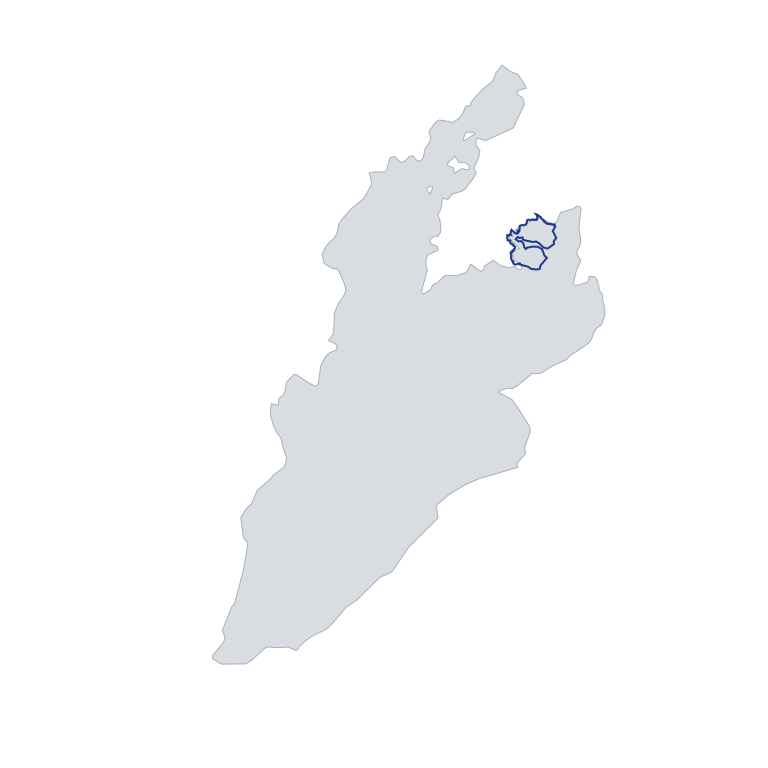 location of Ala-Buka, Jalal-Abad, Kyrgyzstan, rotated 133°
{"feature_id": "92254566B39559079408831", "entity_name": "Ala-Buka", "entity_type": "district", "adm_level": 2, "iso_a3": "KGZ", "parent_name": "Kyrgyzstan", "parent_adm1": "Jalal-Abad", "projection": "mercator", "projection_center": [71.199, 41.407], "detail": "fine", "context": "in_parent", "style": "outline", "palette": "blue", "viewbox_px": 768, "rotation_deg": 133, "n_neighbors": 0, "source": "geoboundaries", "source_scale": "gbopen_adm2", "svg_char_len": 8449}
<svg xmlns="http://www.w3.org/2000/svg" viewBox="0 0 768 768"><g transform="rotate(133 384 384)"><path d="M166.0,461.4L167.9,460.2L173.8,458.9L186.0,457.7L190.1,458.6L198.4,463.6L204.7,463.0L205.9,463.7L208.3,467.9L217.2,461.7L223.5,459.9L226.8,453.7L233.7,446.3L239.5,445.1L239.6,446.3L240.7,447.4L246.7,449.1L248.5,447.1L249.5,444.4L247.4,440.1L247.4,438.3L249.3,435.7L258.8,439.8L260.9,439.7L265.3,437.4L269.3,433.4L270.7,430.2L290.3,419.9L291.7,418.0L291.4,416.6L283.2,414.2L279.5,415.6L276.1,415.6L274.0,414.1L264.1,413.5L261.9,412.4L255.3,404.9L247.1,400.2L243.1,400.5L238.4,402.4L236.9,401.6L236.5,394.5L235.6,390.2L232.7,389.3L229.1,390.9L219.1,388.6L217.9,379.7L214.1,371.9L208.8,368.7L208.6,364.0L206.8,362.0L205.2,362.5L203.1,364.9L204.1,370.1L203.4,375.4L202.2,378.0L199.9,379.9L197.2,380.0L192.7,377.3L192.0,393.1L191.1,394.1L185.6,391.9L181.3,392.8L174.8,391.9L169.9,389.3L160.3,386.3L155.8,383.4L153.1,372.8L150.4,369.0L148.0,368.2L137.9,371.9L127.4,365.4L122.3,364.1L120.9,362.1L121.1,359.7L137.0,347.8L143.2,339.6L147.1,336.2L157.0,332.5L159.3,325.0L160.1,324.1L170.3,320.5L181.6,313.9L181.8,312.0L180.7,310.5L170.5,304.4L165.3,307.2L162.2,303.7L162.2,300.0L165.6,293.8L168.5,290.7L169.7,284.8L173.8,280.8L178.0,274.4L183.2,269.2L192.7,265.3L198.1,266.6L203.1,265.7L210.8,262.5L215.5,262.3L235.4,267.1L242.0,267.3L257.4,273.6L269.5,276.7L275.4,282.8L294.8,285.4L300.1,287.2L302.0,290.1L307.5,293.8L312.2,294.7L308.1,280.2L309.7,271.6L315.9,248.0L319.1,244.5L334.9,237.8L338.5,232.9L349.9,232.9L352.2,232.0L353.5,229.3L388.6,250.0L401.9,255.8L420.3,261.1L435.8,262.9L438.5,261.6L444.7,253.6L447.6,253.2L486.2,254.7L513.8,250.4L517.8,250.6L528.1,255.2L560.7,256.5L573.5,259.5L593.9,258.4L602.4,258.9L617.8,264.7L623.2,266.0L633.3,266.9L637.2,265.9L639.4,267.2L641.6,274.5L651.1,283.8L654.6,288.8L658.1,290.9L676.2,292.4L683.0,294.3L699.6,311.7L701.8,321.9L700.0,324.0L682.3,325.3L678.4,326.8L674.1,334.4L650.3,343.5L646.8,343.3L615.0,360.5L593.1,375.0L592.2,382.0L579.3,397.7L569.7,399.7L561.5,399.3L548.1,404.1L530.9,402.4L525.0,402.7L513.7,400.5L509.2,401.7L504.4,404.9L497.7,417.4L495.0,420.3L493.7,423.2L492.7,429.3L490.2,435.7L484.5,445.4L479.7,450.0L475.2,452.8L471.7,446.9L465.9,451.0L460.4,450.1L457.1,451.3L449.4,456.5L438.2,456.3L437.0,454.5L434.7,440.3L432.8,433.6L431.2,432.1L429.2,431.9L413.0,443.1L405.6,445.1L399.4,445.4L391.4,442.1L389.6,442.9L388.2,444.7L387.7,447.0L390.0,453.4L389.4,454.6L385.7,454.5L380.7,456.0L365.2,469.1L355.4,472.5L346.4,473.8L341.0,476.1L337.9,481.0L332.0,494.4L332.2,497.2L334.7,500.8L336.5,508.9L336.1,511.0L331.2,517.7L325.1,519.7L320.2,520.7L310.9,519.9L306.1,521.2L297.3,526.3L290.1,527.2L276.4,527.3L263.0,525.4L258.6,526.1L246.7,529.1L242.6,533.8L240.5,538.1L239.3,538.7L234.6,534.8L228.5,528.0L225.6,528.0L214.9,533.7L213.3,533.5L210.3,531.3L210.6,522.7L207.2,520.9L199.9,520.4L197.4,518.5L198.2,512.9L197.4,510.8L195.5,509.2L191.7,509.6L184.1,514.3L175.2,515.9L172.1,517.4L168.7,523.5L156.8,524.8L153.0,523.4L145.8,512.1L139.6,510.4L133.3,510.8L124.8,513.7L122.8,511.3L120.6,510.6L118.6,512.6L108.2,512.9L97.6,512.7L91.5,511.3L87.6,511.4L79.7,514.5L70.2,515.1L69.2,504.5L66.2,497.4L69.1,485.6L70.7,481.8L77.9,486.2L80.5,485.4L81.2,483.1L80.1,477.8L83.6,472.1L108.8,464.1L136.7,475.7L140.4,483.2L142.8,482.8L146.7,479.5L147.9,473.1L153.3,469.5L165.3,465.3L166.0,461.4ZM180.3,487.5L180.8,486.4L178.7,480.9L181.6,475.8L175.9,474.9L173.0,473.4L169.8,468.2L168.7,467.9L167.0,469.4L166.1,472.8L166.9,476.5L171.0,480.0L169.1,487.3L177.4,488.2L180.3,487.5ZM151.2,492.5L151.0,491.0L149.0,490.3L138.6,488.2L138.9,489.7L143.0,495.1L146.0,495.4L151.2,492.5ZM213.4,483.1L214.0,479.7L207.7,481.8L207.0,483.5L209.1,485.6L211.8,486.4L213.4,483.1Z" fill="#d9dde1" stroke="#a8b0b8" stroke-width="1"/><path d="M151.2,367.8L151.5,367.8L151.9,367.8L152.1,367.8L152.1,368.3L152.0,368.6L152.1,369.1L152.3,369.6L152.5,369.8L152.8,370.0L153.0,370.2L153.0,370.4L153.0,370.5L153.1,370.8L153.3,370.8L153.5,371.2L153.5,371.4L153.8,371.4L154.0,371.6L154.1,371.8L154.2,372.1L154.2,372.3L154.4,372.6L154.7,372.7L154.9,372.9L155.0,373.1L155.1,373.3L155.6,373.8L155.7,374.0L155.6,374.3L155.7,374.5L155.6,374.9L155.4,375.1L155.5,375.2L155.6,375.3L155.7,375.5L155.7,376.0L155.8,376.4L156.0,376.5L156.1,376.8L155.9,376.9L155.8,377.0L155.7,377.1L155.7,377.6L155.7,377.8L155.5,378.0L155.8,378.2L156.0,378.6L156.0,378.8L155.9,379.0L155.6,379.3L155.5,379.5L155.4,379.7L155.3,380.1L155.6,381.2L155.6,381.5L155.5,382.1L155.5,382.3L155.3,382.4L155.1,382.8L155.0,383.1L155.1,383.4L155.1,383.5L155.3,383.7L155.4,383.8L155.4,384.2L155.3,384.3L155.3,384.8L155.3,385.1L155.3,385.7L155.4,386.3L155.4,386.7L155.5,387.0L155.8,387.7L155.8,388.0L155.9,388.3L156.1,388.6L156.1,388.2L156.5,387.4L156.7,387.0L156.6,386.4L156.7,386.1L156.8,385.9L157.0,385.8L157.3,385.8L157.4,385.7L157.5,385.5L157.7,385.3L157.9,385.2L158.3,385.1L158.4,384.7L158.5,384.6L158.8,384.4L159.2,384.3L159.4,384.4L159.5,384.4L159.7,384.5L159.8,384.5L159.9,384.4L160.0,384.4L160.2,384.7L160.4,384.9L160.5,384.9L160.8,385.3L161.0,385.4L161.0,385.5L161.3,385.7L161.4,385.9L161.5,386.0L161.4,386.1L161.5,386.2L161.5,386.3L161.7,386.5L161.8,386.7L161.8,386.9L162.0,387.0L162.2,387.3L162.3,387.4L162.4,387.6L162.6,387.6L162.9,387.7L162.9,387.9L163.1,388.0L163.3,388.1L163.3,388.3L163.5,388.4L163.8,388.5L164.3,388.8L164.6,388.9L164.8,389.3L165.1,390.1L165.5,390.6L166.2,390.8L166.4,391.0L166.5,391.0L166.5,390.8L167.1,390.6L167.9,389.9L168.2,390.0L168.9,389.5L169.2,389.4L169.9,389.2L170.1,389.2L170.3,389.2L170.5,388.9L170.6,389.0L171.1,389.4L171.8,389.7L172.8,390.0L173.0,390.4L173.5,391.3L174.1,391.7L175.1,392.4L175.7,392.5L176.7,391.9L177.7,390.8L178.0,390.6L178.6,390.6L179.2,389.7L179.7,389.3L180.1,389.3L180.6,390.7L181.0,390.7L181.3,390.4L181.3,389.8L181.3,389.3L181.5,389.1L181.7,388.8L182.2,388.9L182.9,389.5L183.2,389.3L183.8,389.7L184.1,390.3L184.4,392.1L184.3,394.9L184.4,395.1L184.5,395.4L184.5,395.7L184.4,395.9L184.5,395.9L185.3,395.7L185.9,395.2L186.3,394.9L186.6,394.6L187.0,394.2L187.7,394.1L188.4,393.8L188.5,393.3L188.7,393.8L188.7,394.0L189.0,394.0L189.7,394.3L189.9,394.3L189.9,393.9L190.1,393.9L190.4,393.9L190.4,394.0L190.2,394.3L190.5,394.4L190.8,394.3L191.2,395.3L191.6,394.9L192.6,394.1L193.3,393.4L193.8,392.5L194.4,391.5L194.4,391.3L194.5,391.3L194.5,391.2L194.4,391.2L194.3,390.9L194.1,390.9L194.1,390.7L193.9,390.6L194.0,390.6L193.9,390.4L193.7,390.5L193.6,390.4L193.5,390.2L193.5,389.9L193.4,389.9L193.3,389.7L193.3,389.4L193.2,389.4L193.3,389.2L193.2,389.1L193.3,389.0L193.6,388.9L193.7,388.7L193.9,388.7L194.0,388.5L194.0,388.4L194.3,388.2L194.5,388.0L194.9,387.7L194.9,387.2L194.8,386.8L194.7,386.5L194.4,386.3L194.2,386.1L194.4,385.9L194.6,385.4L194.5,385.2L194.2,384.8L193.9,384.5L194.0,384.1L194.2,383.8L194.7,383.4L194.6,383.0L194.4,383.0L194.5,382.2L194.2,382.0L194.2,381.7L194.3,381.5L194.9,381.1L195.2,380.9L195.5,380.8L195.9,380.9L196.3,380.9L196.6,381.0L197.1,380.8L197.2,380.6L197.9,380.0L198.2,380.0L198.3,380.1L198.4,380.3L198.6,380.6L198.7,381.0L198.9,381.0L199.0,381.1L199.3,381.0L199.4,380.8L199.5,380.6L199.8,380.4L199.9,380.2L200.1,380.2L200.2,380.4L200.5,380.8L200.8,380.9L201.0,380.9L201.2,381.1L201.7,380.4L201.8,380.4L201.9,380.6L202.2,380.3L202.5,380.1L202.7,379.8L202.8,379.7L202.9,379.4L203.0,379.1L203.1,378.9L203.3,378.6L203.4,378.4L203.6,377.9L203.9,377.8L204.2,377.8L204.5,377.7L204.8,377.5L205.1,377.3L205.2,377.0L205.2,376.7L205.3,376.5L205.6,376.4L205.7,376.2L205.8,375.9L205.9,375.5L206.0,375.5L206.0,375.4L206.2,375.1L206.3,374.8L206.4,374.7L206.5,374.6L206.5,374.4L206.6,374.2L206.4,374.0L206.4,373.8L206.4,373.7L205.9,373.4L205.9,373.2L206.0,372.9L206.3,372.9L206.6,372.9L206.8,372.7L206.9,372.4L207.0,372.3L207.3,372.3L207.3,372.2L207.2,372.2L207.4,371.7L207.5,371.7L207.7,371.2L207.5,370.9L207.4,370.7L207.5,370.4L207.4,370.3L207.4,370.2L207.2,369.9L207.2,369.5L206.6,368.9L205.9,368.6L205.5,368.3L205.3,368.2L204.9,368.1L204.6,367.9L204.0,367.5L203.7,367.3L203.3,367.2L203.1,367.0L203.1,366.9L203.3,366.9L203.6,366.7L204.1,366.3L204.0,366.1L200.0,358.8L199.5,355.0L196.3,350.6L193.8,348.6L190.4,350.4L180.7,350.9L180.6,354.3L177.6,360.4L178.8,365.2L182.2,369.0L186.5,372.2L188.6,372.4L188.2,375.0L186.1,377.9L186.0,381.2L187.9,382.8L188.3,386.4L185.2,386.5L184.8,384.6L182.4,382.6L183.6,380.8L182.5,378.3L178.2,371.4L176.2,370.2L175.4,367.4L175.4,360.6L173.4,356.7L165.7,355.1L163.8,357.3L159.7,357.6L157.0,364.9L152.0,366.1L151.2,367.8Z" fill="none" stroke="#1e3a8a" stroke-width="2"/></g></svg>